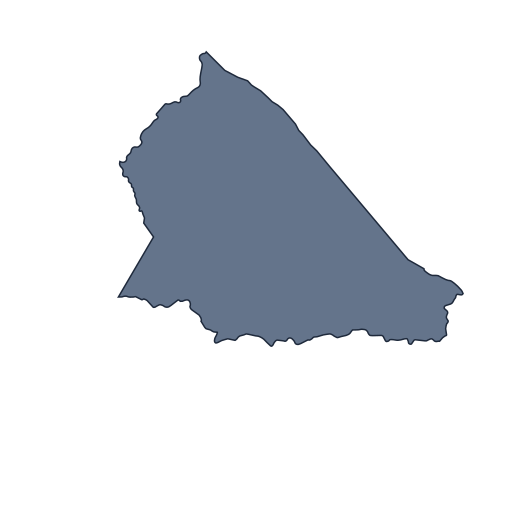 San Marcos de Sierra, Intibucá, Honduras, rotated 48°
{"feature_id": "27666195B33277731304286", "entity_name": "San Marcos de Sierra", "entity_type": "district", "adm_level": 2, "iso_a3": "HND", "parent_name": "Honduras", "parent_adm1": "Intibucá", "projection": "mercator", "projection_center": [-88.248, 14.123], "detail": "fine", "context": "isolated", "style": "filled", "palette": "slate", "viewbox_px": 512, "rotation_deg": 48, "n_neighbors": 0, "source": "geoboundaries", "source_scale": "gbopen_adm2", "svg_char_len": 6053}
<svg xmlns="http://www.w3.org/2000/svg" viewBox="0 0 512 512"><g transform="rotate(48 256 256)"><path d="M422.3,127.1L421.8,127.1L420.5,126.6L418.9,126.3L413.4,126.4L409.0,126.9L405.6,127.6L404.6,128.0L403.6,128.7L402.7,129.5L400.4,130.8L396.4,132.4L392.5,133.8L390.9,135.2L388.5,137.9L387.6,138.5L386.5,139.1L384.8,139.7L382.0,140.3L379.5,140.6L378.9,140.4L377.9,139.7L360.5,145.5L238.7,141.4L218.5,140.5L210.1,141.1L197.3,140.0L191.3,140.2L184.4,138.4L165.3,137.9L158.4,138.9L152.1,140.8L146.6,141.1L136.4,142.0L129.1,144.2L125.9,145.0L120.2,145.0L111.1,149.9L97.2,155.0L71.0,156.4L71.3,157.2L71.3,158.0L70.9,159.0L70.2,159.8L69.8,161.0L69.7,162.1L69.6,163.0L69.7,163.6L69.9,164.2L70.3,164.8L71.1,165.6L72.1,166.2L73.2,166.6L74.8,166.6L75.7,166.8L77.0,167.4L77.9,168.0L80.0,170.5L83.2,174.8L85.4,177.5L87.5,179.6L90.3,181.7L90.9,182.3L91.6,183.4L92.0,184.6L92.0,186.0L91.2,189.1L90.9,191.6L90.9,194.2L91.2,198.0L91.2,199.3L91.0,200.2L90.6,200.9L89.3,202.6L88.8,203.4L88.5,204.3L88.3,205.4L88.4,206.3L88.8,207.1L89.3,207.6L90.3,208.1L90.6,208.6L90.8,209.2L90.8,209.9L90.5,210.6L90.0,211.2L89.4,211.6L88.0,212.3L87.1,213.2L86.5,214.5L85.8,217.1L85.3,218.3L84.3,219.7L82.7,221.0L82.4,221.5L82.3,222.2L83.8,234.8L84.2,235.4L84.8,235.7L85.3,235.7L86.2,235.5L87.0,235.7L87.6,236.2L87.8,236.9L87.9,238.2L87.4,240.0L87.3,241.2L87.6,243.1L88.3,246.0L88.5,247.9L88.5,250.0L88.0,252.9L87.8,254.6L87.9,256.7L88.4,258.6L88.8,259.7L89.4,260.9L90.7,262.8L91.3,263.3L92.0,263.7L92.6,263.8L93.9,264.0L94.9,264.5L95.3,264.9L95.7,265.6L96.0,266.3L96.2,267.2L96.3,269.2L96.1,270.6L95.4,271.7L94.1,272.9L93.6,273.5L93.2,274.6L93.1,275.7L93.3,276.5L93.6,277.4L94.9,279.3L95.4,280.5L95.5,281.7L95.4,284.1L95.6,285.2L96.2,286.3L97.4,287.2L97.9,287.9L98.3,288.8L98.4,289.8L98.1,291.1L97.7,291.7L97.3,292.3L96.0,293.3L94.7,293.9L96.1,295.6L96.8,296.1L97.5,296.4L98.9,296.8L100.5,296.7L101.6,296.8L102.6,297.0L103.4,297.4L104.5,298.3L105.3,299.6L105.8,300.1L106.4,300.6L107.1,300.9L107.9,300.9L108.8,300.7L109.4,300.3L110.1,299.5L110.6,299.1L111.4,298.8L112.1,298.8L112.7,298.9L113.5,299.2L114.0,299.6L114.8,300.5L115.7,300.9L116.8,300.9L118.2,300.5L118.9,300.5L119.7,300.8L120.7,301.7L121.3,302.0L122.0,302.1L123.1,301.8L123.8,301.9L124.3,302.3L125.1,303.1L125.7,303.5L126.5,303.7L127.9,303.8L128.6,304.1L129.1,304.6L129.8,305.6L130.5,306.0L131.3,306.3L132.8,306.7L133.9,307.1L134.6,307.6L135.9,308.7L137.0,309.4L138.2,309.7L140.6,309.6L142.0,310.0L142.7,310.6L143.4,311.8L144.0,312.4L144.5,312.5L145.1,312.3L145.4,311.9L145.6,311.3L145.8,311.0L146.1,310.8L146.5,310.8L147.4,311.1L149.2,312.0L152.6,313.2L153.2,313.5L156.4,317.4L173.3,319.4L194.4,385.7L196.7,383.0L197.7,380.9L198.4,380.0L199.3,379.1L201.0,378.2L202.2,377.2L204.5,374.5L205.3,373.1L205.5,372.8L206.0,372.5L212.0,370.2L212.4,369.7L212.6,368.9L212.7,368.4L213.0,368.1L213.4,367.8L214.9,367.1L216.4,366.7L224.9,366.7L225.4,366.6L225.8,366.3L226.4,365.4L227.1,362.2L227.6,360.6L228.0,359.9L228.9,359.2L230.3,358.4L231.2,358.1L232.5,357.8L233.3,357.4L234.3,356.6L235.0,355.7L235.4,354.8L235.8,352.5L236.5,343.5L236.8,343.1L237.1,342.9L238.0,342.6L239.0,342.6L239.2,342.3L240.4,340.9L241.3,338.4L242.1,337.1L242.7,336.4L243.5,335.9L244.3,335.7L245.0,335.7L245.7,335.8L246.6,336.2L247.6,336.7L248.1,337.2L248.7,337.8L249.2,338.7L249.7,339.1L250.3,339.4L251.2,339.7L252.1,339.8L253.1,339.7L260.9,338.0L262.0,337.8L262.5,337.9L264.8,338.3L266.2,338.9L267.1,339.5L267.8,340.6L268.2,340.6L274.6,341.8L275.9,341.8L276.4,341.8L276.9,341.6L280.5,339.3L282.3,338.9L283.9,338.3L284.6,337.8L285.8,336.7L286.5,336.0L286.8,335.8L287.1,336.0L287.9,337.3L288.4,338.4L289.3,340.9L289.9,342.0L290.6,342.9L291.2,343.6L292.0,344.1L292.8,344.3L293.5,344.2L294.1,343.6L294.5,342.8L294.9,341.7L295.5,339.3L295.9,338.0L297.2,335.2L298.5,332.6L299.0,332.1L304.4,328.2L304.7,327.9L304.8,327.2L304.8,326.2L304.8,325.4L304.4,323.8L304.5,321.9L305.0,320.7L306.5,317.8L307.2,315.8L307.6,315.2L309.5,313.7L315.0,309.8L317.1,308.0L318.0,307.5L319.3,306.9L321.1,306.3L322.9,305.9L324.8,305.8L327.8,305.7L332.5,305.3L333.2,305.0L333.5,304.6L333.6,303.9L333.4,302.7L332.6,300.7L332.3,299.2L332.2,298.0L332.4,297.1L332.7,296.5L334.3,295.1L337.4,292.4L338.5,291.7L338.9,291.3L339.2,290.6L339.3,289.8L339.2,289.3L338.9,288.3L338.8,287.5L339.1,286.4L339.5,285.6L340.1,285.2L340.9,284.8L341.7,284.6L343.4,284.5L345.0,284.6L347.3,285.3L347.7,285.3L348.9,284.8L349.9,283.9L350.4,282.9L351.0,281.4L353.0,273.9L353.3,273.4L354.2,272.6L354.5,272.1L354.7,271.2L354.9,269.8L354.8,268.0L355.1,267.0L356.9,264.6L359.7,258.7L361.8,255.4L363.2,253.4L363.9,252.8L364.9,252.3L365.9,251.9L367.9,251.5L369.5,250.9L370.9,250.3L371.4,249.7L373.0,246.3L375.2,242.4L375.7,241.1L376.1,239.9L376.3,238.9L376.3,237.9L375.6,234.5L375.6,233.7L377.1,232.0L379.5,229.1L380.7,227.1L381.2,226.4L383.1,224.7L384.1,224.0L384.8,223.8L385.9,223.7L386.8,223.7L387.4,223.9L388.5,224.3L389.5,224.5L390.8,224.5L391.4,224.3L392.2,223.6L393.4,222.4L398.6,216.3L399.2,215.7L399.9,215.4L400.3,215.3L401.0,215.3L405.4,216.5L406.3,216.5L406.8,216.3L407.3,215.6L407.8,214.6L407.9,213.9L407.7,212.8L408.0,212.2L408.7,211.3L410.0,210.0L412.6,207.9L413.6,206.9L415.1,204.7L416.9,201.2L418.1,199.5L418.5,199.2L419.2,199.2L421.0,199.8L422.7,200.8L423.2,200.9L424.0,200.8L424.8,200.3L425.3,199.7L425.4,199.3L424.4,195.2L424.4,194.5L424.8,193.7L431.9,187.4L432.9,186.4L433.3,185.5L433.7,183.9L434.4,181.9L434.8,181.2L435.3,180.8L435.9,180.6L437.1,180.3L438.5,180.3L439.4,179.9L440.1,179.4L441.7,177.0L442.2,176.6L441.6,172.1L441.9,169.2L442.4,167.7L442.2,167.2L436.9,163.7L435.1,161.5L434.0,159.7L433.8,159.4L433.9,158.7L433.7,157.9L433.3,157.1L432.7,156.6L429.9,156.1L429.1,155.7L428.2,154.8L427.4,153.4L426.7,151.8L426.3,151.4L425.6,151.0L424.6,150.8L421.0,151.2L420.3,150.7L419.7,149.9L419.6,149.1L419.8,148.1L421.9,143.5L422.1,142.6L422.2,142.0L421.9,140.4L420.9,137.6L420.6,135.9L420.4,135.4L419.8,134.6L419.4,134.0L419.1,133.2L419.0,132.4L419.2,132.1L419.5,131.7L421.1,130.5L422.3,129.4L422.6,128.8L422.7,128.3L422.6,127.7L422.3,127.1Z" fill="#64748b" stroke="#1e293b" stroke-width="1.5"/></g></svg>